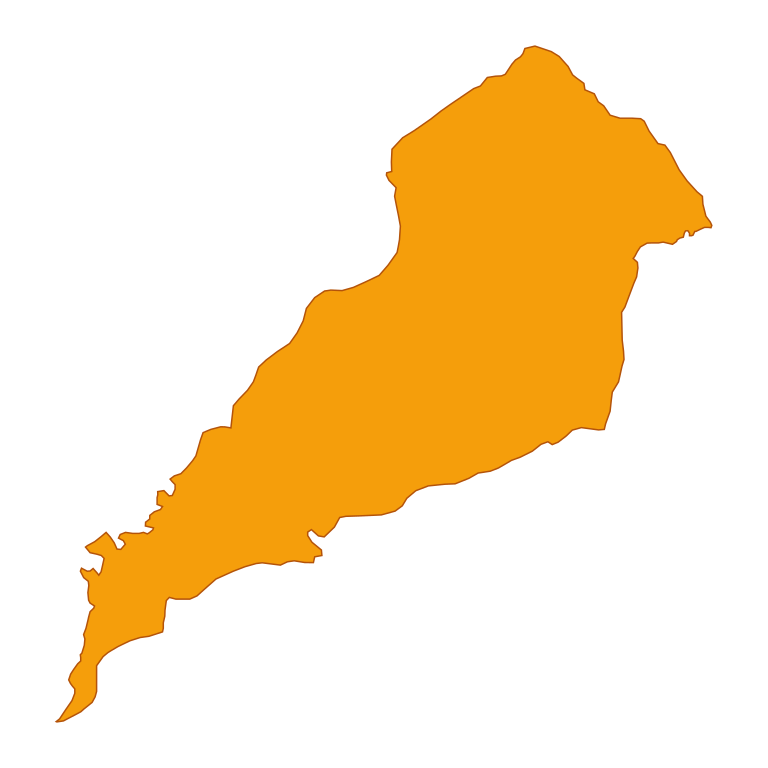 outline of Wedjah, Sinoe, Liberia
{"feature_id": "62588387B38040387852125", "entity_name": "Wedjah", "entity_type": "district", "adm_level": 2, "iso_a3": "LBR", "parent_name": "Liberia", "parent_adm1": "Sinoe", "projection": "orthographic", "projection_center": [-8.85, 5.295], "detail": "fine", "context": "isolated", "style": "filled", "palette": "amber", "viewbox_px": 768, "rotation_deg": 0, "n_neighbors": 0, "source": "geoboundaries", "source_scale": "gbopen_adm2", "svg_char_len": 3877}
<svg xmlns="http://www.w3.org/2000/svg" viewBox="0 0 768 768"><path d="M56.2,721.6L56.9,721.9L63.5,720.9L68.4,718.3L77.6,713.5L80.9,711.7L83.9,709.0L92.1,702.4L95.1,696.9L96.6,691.4L96.6,679.8L96.6,671.6L96.6,665.7L99.1,662.2L103.1,656.6L107.9,652.6L110.6,650.9L117.9,646.6L122.6,644.3L129.9,640.8L140.2,637.5L148.9,636.3L162.5,631.9L163.3,628.3L163.3,625.3L163.3,622.8L164.8,616.2L165.0,610.2L166.3,600.6L169.3,597.4L175.8,599.1L189.8,599.1L197.0,595.9L198.0,595.0L203.3,590.2L206.8,587.1L216.0,579.0L233.3,571.2L245.0,566.7L256.2,563.5L262.2,562.8L280.4,565.1L287.4,561.8L294.2,560.8L304.7,562.5L313.4,562.6L314.7,556.8L321.9,555.5L321.4,550.0L311.9,542.2L307.7,535.6L307.7,532.1L311.4,529.6L318.4,535.9L324.2,536.9L334.4,527.1L339.7,517.5L345.9,516.3L355.4,516.0L358.6,515.9L381.3,514.9L395.1,511.1L402.3,505.8L406.8,498.3L415.8,490.7L428.3,485.9L445.1,484.2L455.2,483.8L468.9,478.3L478.2,473.0L481.1,472.6L486.9,471.7L490.2,471.2L498.4,468.0L511.4,460.4L520.4,457.1L530.0,452.3L532.4,451.1L541.0,444.3L547.0,442.1L548.0,441.8L552.2,444.6L558.1,442.2L566.3,435.9L572.3,430.1L581.3,427.6L598.6,429.9L604.3,429.4L604.6,428.1L605.6,423.8L610.1,411.2L611.3,399.9L612.3,392.1L618.5,381.9L619.7,376.6L622.0,366.1L624.0,359.5L623.5,351.0L622.2,340.1L621.6,312.3L624.9,307.1L629.9,293.7L633.9,283.1L636.6,276.9L637.9,268.0L637.4,262.3L633.2,258.5L634.9,256.2L637.4,251.4L640.4,246.9L647.1,243.1L652.1,242.9L658.6,242.9L663.1,242.1L672.5,244.3L676.5,241.5L677.3,239.7L680.0,238.0L683.3,237.2L684.3,233.2L685.5,230.9L687.8,230.7L689.5,233.2L689.5,235.7L691.5,235.7L693.0,235.2L694.8,231.4L696.0,231.4L700.5,229.2L704.5,227.4L708.3,227.4L711.0,227.7L711.8,225.4L710.3,222.1L705.9,216.2L702.9,204.2L702.4,196.3L697.0,191.8L687.1,180.9L679.2,169.9L670.3,152.5L664.9,145.1L658.0,143.6L649.1,131.1L644.2,121.2L640.7,118.7L631.8,118.2L620.0,118.2L610.1,115.2L603.7,105.8L598.2,101.8L594.3,93.8L584.9,89.8L583.9,83.4L577.0,78.4L572.6,74.9L568.1,66.5L559.2,56.5L551.3,51.6L535.0,46.1L534.0,46.3L530.3,47.2L524.9,48.5L523.0,53.6L520.5,56.8L515.5,60.0L512.0,64.1L505.3,74.3L501.5,75.9L495.5,76.2L487.3,77.5L480.4,86.0L473.7,88.6L469.0,91.8L450.3,104.5L441.2,110.9L430.9,119.0L414.1,130.7L402.7,137.7L392.0,149.2L391.4,161.9L391.7,171.5L386.7,172.8L386.4,175.1L389.0,180.4L396.1,187.7L394.6,196.2L396.3,204.9L398.5,215.7L400.4,226.1L399.6,238.0L399.5,239.6L398.3,246.4L397.1,252.5L387.9,265.4L387.2,266.2L379.2,275.4L364.7,282.3L359.8,284.5L353.4,287.4L342.1,290.6L330.8,290.1L326.9,290.7L324.6,291.0L314.7,297.6L306.4,308.4L303.2,320.9L297.1,332.9L289.6,343.5L277.3,351.6L266.2,360.0L258.7,367.0L257.7,369.8L256.0,374.8L253.4,381.8L247.5,390.3L239.1,399.0L238.6,399.6L233.4,405.7L230.9,427.9L224.9,426.9L220.7,426.8L210.8,429.4L203.1,432.6L200.6,439.6L195.9,455.9L193.5,459.4L192.7,460.6L186.5,468.0L180.9,473.7L174.3,475.9L170.1,479.1L172.3,481.7L175.1,484.6L175.1,489.3L172.3,495.5L169.1,495.9L163.9,490.6L157.7,491.6L157.8,494.8L157.1,497.6L157.1,504.4L162.5,506.5L160.5,509.5L156.2,511.1L154.3,511.8L149.8,515.4L149.7,519.0L145.6,522.2L145.4,526.0L153.5,527.9L152.9,529.8L149.2,532.8L147.3,533.9L143.5,532.4L139.2,533.4L132.6,533.4L125.5,532.4L120.2,534.5L118.5,538.1L123.4,540.7L125.3,544.2L120.8,549.4L117.0,549.1L114.2,542.8L110.3,537.1L106.1,532.4L104.2,534.0L100.9,536.8L94.7,541.7L87.3,545.7L85.5,547.1L90.1,552.7L96.9,554.2L101.3,555.5L104.1,558.4L102.5,565.7L101.1,571.8L98.8,575.2L97.1,573.0L93.1,568.5L90.1,571.0L87.2,571.2L81.5,568.2L80.7,570.3L80.4,571.2L83.7,577.6L88.3,581.3L88.8,585.5L87.9,592.6L88.6,600.2L90.1,603.1L94.5,606.0L93.8,608.1L90.1,611.7L88.8,616.5L88.6,617.2L88.2,619.2L86.0,628.3L83.6,634.6L84.9,639.0L84.3,645.3L81.9,653.1L80.3,654.8L80.7,657.5L80.7,661.0L77.7,663.8L73.7,669.4L70.6,674.2L70.0,676.1L68.7,679.9L70.5,683.5L72.5,686.2L74.8,688.9L74.8,693.3L72.0,700.6L65.9,709.4L59.6,718.9L56.2,721.6Z" fill="#f59e0b" stroke="#b45309" stroke-width="1.5"/></svg>